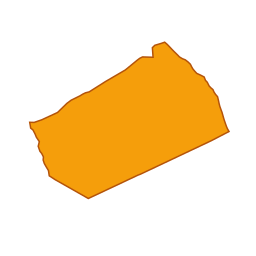 São Bento do Norte, Rio Grande do Norte, Brazil, rotated 51°
{"feature_id": "56859067B38595595329522", "entity_name": "São Bento do Norte", "entity_type": "district", "adm_level": 2, "iso_a3": "BRA", "parent_name": "Brazil", "parent_adm1": "Rio Grande do Norte", "projection": "albers", "projection_center": [-36.003, -5.149], "detail": "fine", "context": "isolated", "style": "filled", "palette": "amber", "viewbox_px": 256, "rotation_deg": 51, "n_neighbors": 0, "source": "geoboundaries", "source_scale": "gbopen_adm2", "svg_char_len": 1012}
<svg xmlns="http://www.w3.org/2000/svg" viewBox="0 0 256 256"><g transform="rotate(51 128 128)"><path d="M115.6,219.3L122.4,217.1L157.8,203.2L170.9,149.9L171.7,147.5L190.3,71.2L194.3,51.7L191.2,51.2L188.7,50.5L185.6,49.4L181.8,48.0L177.8,46.3L175.0,45.1L172.0,44.1L168.9,43.0L166.1,41.7L163.6,40.4L160.0,38.7L156.8,38.8L154.0,38.5L151.6,37.8L149.0,38.3L146.3,38.5L142.3,37.6L139.7,37.8L136.3,36.7L132.6,38.3L128.8,40.2L125.4,40.4L122.8,40.4L120.3,40.0L117.7,39.4L114.3,39.8L111.0,40.6L108.4,42.1L105.1,43.3L102.6,43.5L99.9,43.8L97.4,44.1L94.1,44.4L91.2,44.6L87.7,44.9L84.4,45.5L83.2,48.8L80.6,55.1L80.9,58.5L88.8,64.0L81.9,72.0L81.2,75.1L81.1,78.1L81.2,93.6L77.7,116.4L75.5,135.4L73.9,138.9L73.2,141.9L72.8,145.0L70.6,154.7L70.4,160.0L71.6,173.0L67.3,190.0L64.6,197.4L61.7,200.8L64.4,202.3L66.8,203.7L69.8,203.1L74.2,204.0L77.5,205.0L82.8,205.5L85.7,209.3L90.7,211.1L93.4,211.1L97.2,211.9L99.5,214.1L103.0,215.4L106.7,216.0L111.0,216.6L115.6,219.3Z" fill="#f59e0b" stroke="#b45309" stroke-width="1.5"/></g></svg>